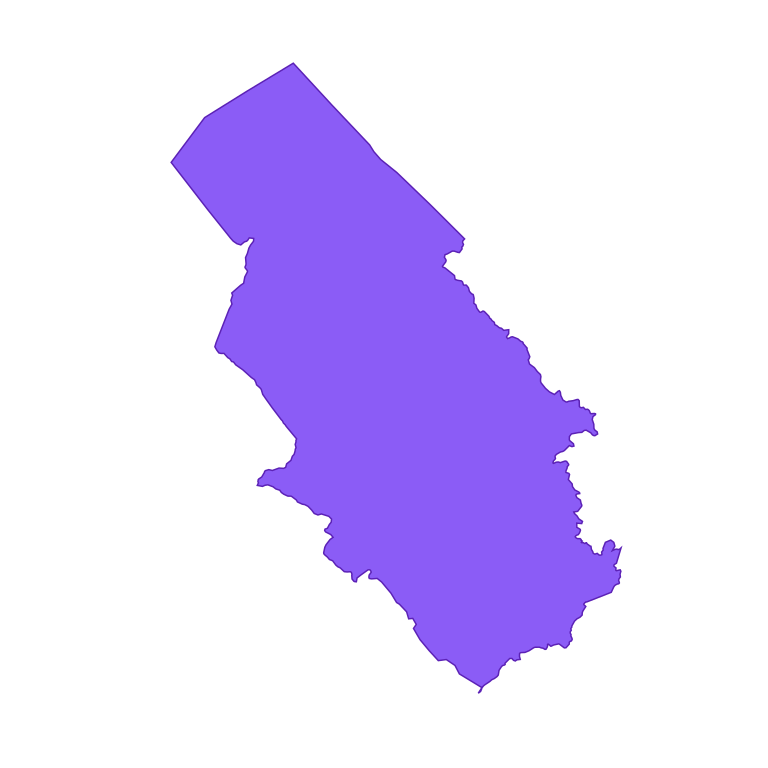 outline of Kadjebi, Volta, Ghana, rotated 135°
{"feature_id": "2480657B29295475961782", "entity_name": "Kadjebi", "entity_type": "district", "adm_level": 2, "iso_a3": "GHA", "parent_name": "Ghana", "parent_adm1": "Volta", "projection": "mercator", "projection_center": [0.51, 7.718], "detail": "fine", "context": "isolated", "style": "filled", "palette": "violet", "viewbox_px": 768, "rotation_deg": 135, "n_neighbors": 0, "source": "geoboundaries", "source_scale": "gbopen_adm2", "svg_char_len": 6083}
<svg xmlns="http://www.w3.org/2000/svg" viewBox="0 0 768 768"><g transform="rotate(135 384 384)"><path d="M529.4,99.9L527.0,100.2L525.3,100.0L519.4,98.8L517.0,98.7L514.2,97.7L511.0,97.2L509.0,97.4L505.1,100.2L501.3,101.0L499.3,101.1L497.5,100.1L496.7,100.0L496.0,100.9L495.4,101.0L489.2,101.0L487.6,99.4L487.8,97.0L487.0,95.3L485.1,95.0L482.4,92.9L480.8,95.6L478.8,97.5L477.9,97.6L477.2,97.3L474.1,94.5L470.0,92.8L464.4,91.6L463.3,91.0L460.3,88.1L459.4,86.2L458.4,84.8L457.8,82.5L457.0,81.9L454.9,82.4L453.4,83.2L452.5,84.2L451.9,84.1L451.5,82.2L451.6,80.9L451.2,80.4L448.6,79.5L444.2,76.7L443.9,75.9L443.1,69.9L441.8,68.8L436.9,69.1L435.6,70.4L434.5,70.4L433.2,69.8L431.7,70.2L430.9,71.2L430.0,73.7L428.9,74.6L428.4,76.3L427.5,77.1L425.8,77.4L424.8,79.0L423.3,79.2L422.2,80.1L416.9,81.6L413.6,81.5L410.3,80.5L407.3,80.5L405.5,82.1L404.0,82.8L398.6,84.0L398.7,86.7L398.1,87.2L396.6,87.3L395.3,87.1L394.9,86.6L370.6,76.0L365.2,78.0L363.7,78.3L362.3,78.2L360.1,77.4L359.4,76.8L358.4,76.8L357.9,77.3L356.9,79.3L355.4,80.1L353.3,80.4L351.6,82.6L348.9,84.1L348.4,85.6L351.6,87.6L351.8,88.0L351.7,88.5L350.0,89.9L350.3,92.4L349.7,93.2L348.9,93.5L346.4,92.9L332.3,100.5L334.4,100.6L335.5,101.4L336.1,102.6L337.6,103.7L340.4,104.7L335.4,106.1L333.5,109.5L334.0,113.3L339.4,115.5L345.4,112.9L346.5,111.6L349.0,111.3L350.1,109.7L350.7,109.3L352.1,110.0L352.8,110.9L353.0,113.5L355.1,114.5L355.4,115.0L355.7,116.5L354.9,117.9L354.3,120.4L352.4,122.9L352.8,123.6L353.4,127.1L353.1,128.6L353.4,128.9L354.4,129.0L354.9,129.4L355.3,131.0L356.4,131.9L356.5,132.4L354.9,132.8L355.2,134.0L354.6,134.6L354.7,136.0L356.4,137.7L356.9,138.8L357.0,140.0L356.8,140.8L355.8,141.0L354.8,140.9L353.2,140.1L351.0,140.5L348.7,141.5L348.1,142.3L348.1,143.0L349.0,146.3L346.1,149.3L342.9,145.5L340.8,146.5L341.6,151.0L340.8,154.2L340.9,157.7L340.3,159.3L337.1,157.0L330.7,157.8L329.8,158.4L329.0,160.3L327.2,163.1L328.0,167.3L327.0,169.7L326.0,170.0L324.9,169.5L323.1,168.1L322.7,168.5L322.6,169.7L324.0,174.2L323.3,178.1L321.6,180.3L321.2,186.1L316.8,188.8L316.5,190.1L317.9,192.8L316.8,193.9L314.1,195.0L312.8,196.0L310.9,196.1L310.2,196.6L309.6,200.1L310.0,201.0L310.8,201.7L314.9,203.7L315.9,205.6L317.6,207.0L320.2,207.9L320.4,208.4L320.1,208.9L318.5,209.8L316.4,209.8L315.3,210.2L314.7,211.4L313.7,212.2L311.7,212.3L307.4,211.2L305.3,209.9L303.5,209.4L296.5,209.4L295.4,206.8L293.6,205.8L292.3,207.8L292.7,212.7L292.4,213.5L290.1,215.7L286.8,216.2L280.8,212.1L278.3,209.9L275.3,209.6L273.7,208.4L272.3,203.3L272.6,200.6L272.1,199.1L271.4,198.3L268.3,197.6L267.1,199.4L267.5,202.4L267.0,204.1L264.1,207.2L261.9,211.6L259.3,213.2L256.1,212.8L255.5,213.4L256.1,214.4L258.7,216.7L258.7,217.6L257.7,219.9L257.7,221.5L258.0,222.3L259.6,223.6L259.5,226.5L261.4,227.8L261.8,229.1L261.7,230.0L257.8,234.1L257.7,235.8L258.4,236.5L262.1,238.5L265.6,241.2L267.4,241.9L268.1,242.9L268.8,246.2L267.1,250.9L265.1,253.5L264.7,255.2L265.9,255.8L270.9,256.1L272.6,261.4L272.9,266.8L272.1,273.9L271.4,275.2L269.8,276.8L267.9,278.2L266.7,280.1L266.8,284.4L266.1,289.2L267.0,295.2L264.9,299.1L263.5,299.3L261.6,300.2L258.5,307.3L257.4,308.2L257.0,314.3L256.5,314.7L256.3,315.7L256.6,316.6L257.1,317.3L257.4,321.2L259.7,326.5L260.9,327.4L262.6,327.8L264.5,328.7L264.2,330.4L263.8,330.8L260.3,331.4L257.4,334.2L261.4,337.3L261.5,340.3L262.7,342.3L263.0,345.7L263.7,347.6L262.4,349.6L262.8,352.5L262.4,354.3L262.7,355.5L261.9,357.8L261.8,364.3L262.4,365.6L264.6,366.2L265.2,366.6L265.5,367.4L264.8,371.9L263.1,374.9L263.4,377.6L259.7,380.9L257.8,383.9L257.7,384.4L258.3,385.9L258.1,389.1L256.2,392.4L255.9,395.1L255.9,395.8L257.5,397.3L257.7,398.0L256.3,400.7L256.4,402.2L258.7,405.4L259.6,407.3L259.6,408.0L257.5,410.8L258.8,423.0L259.7,425.1L259.4,425.9L254.0,426.7L252.9,427.3L252.3,428.2L251.7,430.9L249.3,432.3L247.5,431.3L241.8,429.7L240.4,428.3L238.6,424.7L237.7,423.6L233.3,424.3L232.2,425.8L231.0,425.7L229.1,426.5L228.5,428.3L227.7,429.1L226.8,429.5L224.4,429.6L224.5,477.8L225.4,524.3L227.6,545.1L226.9,555.4L225.1,563.2L223.6,618.2L221.3,675.0L273.3,687.8L322.4,699.2L377.8,691.2L385.4,631.4L389.4,595.5L389.6,591.6L388.8,587.2L386.9,583.6L382.2,583.2L380.2,582.1L378.8,582.0L376.0,582.6L373.2,579.1L375.3,577.2L380.1,576.6L383.5,575.6L388.3,572.9L392.5,571.3L396.3,566.8L397.5,565.8L399.4,565.1L400.0,564.5L400.5,560.7L401.2,559.9L406.8,558.1L412.0,554.5L415.5,555.2L427.3,556.0L428.3,553.8L433.1,551.4L435.0,548.0L440.6,546.4L473.4,532.0L477.3,529.9L478.3,526.2L478.8,522.7L477.6,520.8L475.5,518.8L475.8,513.1L475.2,510.8L475.8,507.6L474.8,506.0L475.3,502.4L473.8,493.9L473.2,482.3L472.5,478.6L473.5,475.7L474.7,473.5L474.4,469.0L474.6,467.0L477.1,462.4L478.1,456.8L479.9,446.0L481.9,431.5L481.9,429.7L482.7,427.6L482.7,425.0L483.1,423.3L484.6,407.0L486.1,406.4L487.3,405.2L489.5,404.1L491.3,401.1L492.7,400.7L494.4,399.4L497.4,397.8L499.9,397.7L503.8,395.8L509.3,396.4L512.5,394.6L514.6,395.3L517.7,398.8L524.1,401.8L526.0,404.9L529.1,406.6L530.2,406.6L531.2,406.0L536.2,404.7L539.7,405.4L540.6,405.3L542.2,404.1L542.7,402.9L545.3,401.9L542.3,397.5L539.7,396.5L537.4,394.8L535.1,389.7L534.7,386.3L532.8,382.6L533.3,379.9L532.8,376.9L531.3,372.8L529.1,370.5L528.8,369.8L528.0,363.9L528.6,361.8L526.8,356.9L525.3,354.7L524.2,351.2L524.3,345.9L524.9,341.8L523.3,338.1L520.2,336.4L516.6,329.5L516.6,325.6L519.1,323.6L522.0,323.3L526.0,322.0L528.4,323.1L529.6,322.3L529.9,320.7L528.1,315.2L528.4,311.6L532.1,312.2L538.7,311.3L541.3,310.4L545.9,307.4L546.6,306.5L546.7,304.9L546.4,301.6L546.7,298.5L545.3,295.3L546.1,290.0L545.9,287.4L545.0,285.0L544.8,279.4L543.0,277.2L540.5,275.0L540.3,273.8L541.3,272.0L542.0,271.6L544.5,268.7L544.8,265.7L544.3,264.7L543.4,263.7L540.2,265.9L535.4,265.3L526.8,263.9L525.8,263.2L525.3,262.0L525.8,260.5L526.3,259.9L529.6,259.4L531.3,258.1L531.9,256.9L530.7,255.1L526.3,251.3L525.7,245.7L527.0,231.1L529.6,220.6L528.8,217.4L529.1,206.9L532.6,200.5L529.4,197.9L531.2,191.2L536.0,190.3L539.3,177.8L540.6,163.5L541.2,150.0L534.8,145.1L532.8,134.8L535.7,125.7L529.4,99.9ZM536.0,98.7L533.1,98.3L530.4,99.4L529.9,100.0L536.0,98.7Z" fill="#8b5cf6" stroke="#5b21b6" stroke-width="1.5"/></g></svg>